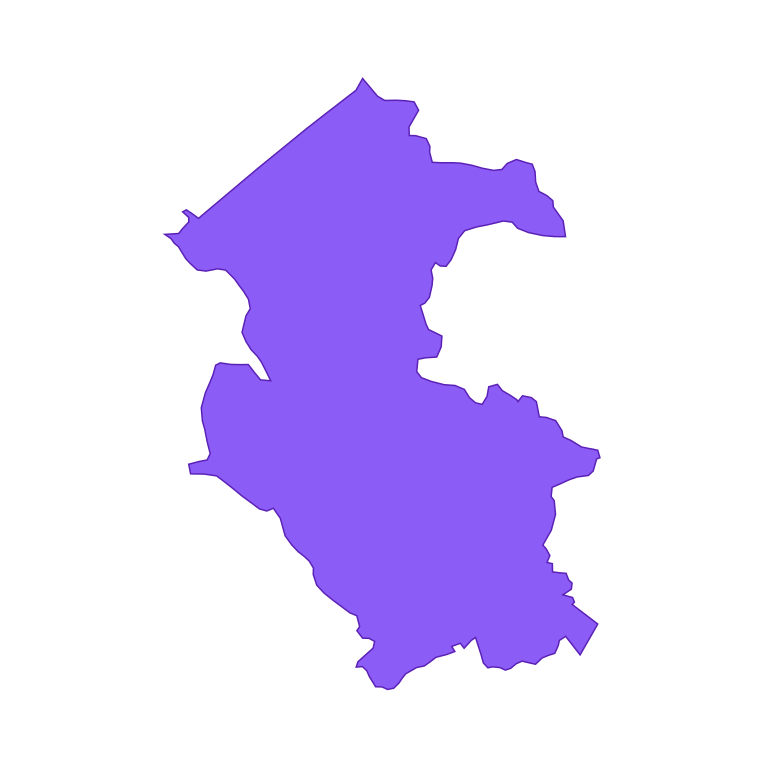 Kuala Terengganu, Terengganu, Malaysia, rotated 259°
{"feature_id": "92858781B69735571651191", "entity_name": "Kuala Terengganu", "entity_type": "district", "adm_level": 2, "iso_a3": "MYS", "parent_name": "Malaysia", "parent_adm1": "Terengganu", "projection": "albers", "projection_center": [103.071, 5.28], "detail": "fine", "context": "isolated", "style": "filled", "palette": "violet", "viewbox_px": 768, "rotation_deg": 259, "n_neighbors": 0, "source": "geoboundaries", "source_scale": "gbopen_adm2", "svg_char_len": 3097}
<svg xmlns="http://www.w3.org/2000/svg" viewBox="0 0 768 768"><g transform="rotate(259 384 384)"><path d="M270.4,581.9L278.2,581.2L284.5,565.8L292.9,556.8L297.8,549.8L304.1,549.8L315.2,545.6L320.1,537.2L322.2,530.2L337.6,530.2L342.5,526.1L346.0,517.7L341.1,512.1L343.2,511.4L348.1,506.5L355.0,498.8L362.0,495.3L361.3,486.3L352.2,482.8L345.3,476.5L348.1,470.2L354.3,465.3L363.4,461.8L369.0,453.4L371.8,443.0L377.4,431.1L383.0,422.0L389.9,418.5L401.8,422.0L401.8,429.7L400.4,440.9L409.5,447.2L420.0,450.0L429.0,438.1L434.6,436.7L454.2,434.6L455.6,439.5L460.4,445.1L471.6,450.0L478.6,452.0L487.0,452.0L493.3,457.6L489.1,461.8L487.7,467.4L493.3,473.7L502.3,480.0L512.8,484.9L519.1,492.5L520.5,505.1L520.5,515.6L521.2,532.3L518.4,540.7L511.4,544.9L505.1,554.7L499.5,567.9L496.1,579.8L494.0,590.3L510.0,591.0L517.7,587.5L525.4,584.0L531.7,584.7L537.9,579.8L543.5,572.8L553.3,571.4L563.8,572.8L571.5,571.4L574.2,565.8L579.1,556.8L577.0,547.0L572.1,540.7L572.8,532.3L577.0,521.8L581.9,512.1L586.1,501.6L588.2,493.2L590.3,482.1L592.4,473.7L602.9,473.0L608.4,474.4L616.8,472.3L621.7,462.5L623.1,456.2L631.5,457.6L646.1,470.2L655.2,467.4L658.0,459.0L660.1,450.6L662.2,438.8L667.8,432.5L688.0,421.3L677.7,412.6L659.3,376.0L649.5,356.8L619.1,300.1L582.0,233.5L588.3,227.7L592.7,223.2L591.4,219.2L584.7,224.1L580.2,223.2L576.7,218.3L574.4,215.2L570.9,211.2L572.7,197.4L567.2,202.8L562.3,204.9L558.1,208.4L544.9,213.3L539.3,216.8L531.6,222.4L528.8,230.8L528.8,242.6L526.0,250.3L515.6,257.3L507.9,260.8L502.3,263.6L493.2,267.1L483.5,267.1L477.2,261.5L461.8,254.5L452.1,256.6L443.0,260.1L435.3,265.0L429.0,267.8L419.3,270.6L408.8,273.4L411.6,263.6L419.3,259.4L429.0,254.5L430.4,246.8L432.5,237.1L436.0,227.3L434.6,222.4L426.2,218.2L418.6,213.3L409.5,207.0L395.5,200.1L382.3,198.7L373.9,199.4L361.3,199.4L348.8,200.1L343.2,195.9L343.2,187.5L342.5,177.0L332.7,177.0L329.9,190.3L325.7,202.2L318.0,209.1L309.0,216.8L301.3,223.1L292.2,231.5L285.2,237.8L281.7,244.7L283.1,251.7L272.0,256.6L253.8,258.0L243.4,262.9L235.7,267.8L230.1,272.7L224.5,276.8L216.8,279.6L210.5,278.2L199.4,279.6L190.3,285.2L181.2,292.9L172.8,300.6L165.9,306.8L161.7,313.1L150.5,313.8L147.0,310.3L138.6,314.5L137.2,320.8L133.1,325.7L126.8,322.9L122.6,315.9L116.3,305.4L111.4,302.7L110.7,308.9L105.8,312.4L99.6,313.8L88.4,318.0L87.0,324.3L83.5,329.2L83.5,335.5L87.7,341.7L91.9,345.9L95.4,350.1L99.5,362.0L99.5,369.7L102.3,375.9L105.8,382.9L106.5,394.1L107.9,402.5L113.5,400.4L114.9,409.5L109.3,412.2L115.6,420.6L117.7,425.5L100.2,427.6L91.2,428.3L85.6,431.8L85.6,436.7L83.5,443.7L80.0,448.5L80.7,454.1L84.2,460.4L85.6,466.7L82.1,474.4L80.0,479.3L84.9,486.9L86.3,493.9L87.0,500.2L93.9,505.1L98.8,507.2L101.6,514.2L80.7,524.8L104.3,545.2L107.6,548.0L131.7,526.6L133.5,529.3L138.4,528.4L142.9,519.4L146.9,528.8L152.7,530.6L156.3,527.9L163.4,526.6L165.2,520.3L167.4,513.6L175.5,515.0L177.7,510.0L184.0,514.1L191.1,511.8L195.6,509.2L201.8,514.5L208.5,520.3L223.3,527.5L237.1,528.8L241.6,526.6L250.5,529.3L252.3,537.7L254.6,547.1L255.9,555.6L255.2,567.2L258.7,572.8L269.9,578.4L270.4,581.9Z" fill="#8b5cf6" stroke="#5b21b6" stroke-width="1.5"/></g></svg>